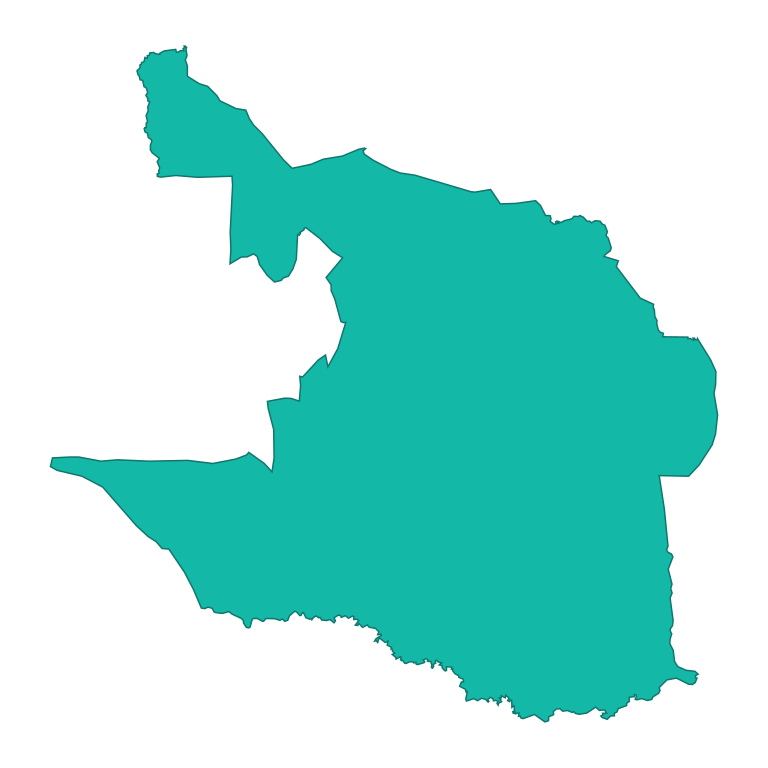 Handeni, Tanga, United Republic of Tanzania
{"feature_id": "72390352B54290670955979", "entity_name": "Handeni", "entity_type": "district", "adm_level": 2, "iso_a3": "TZA", "parent_name": "United Republic of Tanzania", "parent_adm1": "Tanga", "projection": "mercator", "projection_center": [38.284, -5.494], "detail": "fine", "context": "isolated", "style": "filled", "palette": "teal", "viewbox_px": 768, "rotation_deg": 0, "n_neighbors": 0, "source": "geoboundaries", "source_scale": "gbopen_adm2", "svg_char_len": 6080}
<svg xmlns="http://www.w3.org/2000/svg" viewBox="0 0 768 768"><path d="M138.0,74.7L139.0,75.4L140.1,79.8L142.7,80.4L144.0,86.6L146.2,87.8L147.7,92.5L145.9,95.2L148.0,99.0L147.8,100.8L149.7,101.9L147.7,107.2L148.3,110.6L146.1,115.6L147.4,120.8L147.0,123.0L146.2,123.2L146.3,127.6L144.8,127.6L144.2,128.6L145.0,131.9L147.4,133.1L148.3,137.6L151.3,139.6L151.9,141.3L150.4,145.1L150.4,149.8L152.3,152.9L159.3,158.3L157.2,161.7L159.8,168.0L158.7,170.8L159.1,173.1L157.2,174.0L157.4,176.4L160.7,177.1L175.8,175.5L197.8,177.3L232.0,176.2L232.6,185.2L230.2,232.3L230.9,249.5L230.0,263.8L241.4,257.0L247.1,256.9L253.6,253.9L257.2,256.4L259.6,264.7L267.2,275.3L274.5,282.0L281.2,280.4L283.2,278.0L288.4,276.2L292.9,268.9L296.3,259.3L297.6,234.7L299.3,235.2L300.4,233.4L299.5,232.7L304.0,229.9L304.0,228.5L305.7,227.5L319.8,238.4L332.5,251.4L342.6,257.8L326.1,277.5L331.1,284.8L331.2,290.6L334.9,299.4L340.9,321.5L343.2,322.6L345.8,322.3L337.8,348.6L327.9,366.8L325.5,355.0L318.5,359.8L302.7,376.9L299.8,376.3L300.6,385.7L299.3,401.1L291.1,398.4L284.5,398.2L267.4,401.4L268.3,408.8L273.7,429.6L274.1,458.0L272.0,471.9L264.3,463.5L248.8,452.4L246.4,455.1L235.7,459.1L212.9,463.5L187.7,460.4L149.0,461.2L117.5,459.8L100.9,461.2L78.7,457.0L70.6,457.0L52.5,457.9L50.4,466.6L57.3,470.4L81.9,476.2L102.7,487.1L136.4,525.7L148.3,536.7L156.1,541.6L162.1,548.5L168.9,549.1L184.4,572.1L193.4,589.3L201.4,608.1L204.8,608.6L208.1,607.1L212.2,608.3L214.2,612.1L216.5,612.7L222.4,613.4L228.9,611.6L232.2,614.2L241.2,618.3L243.5,620.8L243.5,623.0L246.4,627.4L248.9,627.9L250.1,627.1L252.2,619.3L253.7,618.5L257.3,618.5L262.5,621.3L263.8,621.1L265.6,618.7L267.3,618.5L274.6,618.7L279.9,620.3L282.7,619.0L284.6,621.3L286.3,620.8L287.8,620.2L289.4,615.9L294.6,611.3L296.6,611.9L299.7,615.5L301.0,615.4L302.5,612.6L303.5,612.7L305.9,617.7L309.7,619.2L310.9,618.7L311.8,619.8L313.5,617.4L316.3,615.9L318.6,617.8L320.0,617.4L321.7,620.0L326.9,620.5L329.9,619.5L334.1,622.8L335.4,620.8L334.1,617.8L338.1,615.2L340.4,615.5L341.3,617.4L345.4,615.7L348.4,618.2L352.7,616.0L353.8,616.7L353.8,619.5L357.1,619.3L358.7,620.5L355.3,625.1L357.7,625.5L358.9,623.5L362.6,627.4L367.3,624.9L369.1,627.2L375.6,628.4L378.9,631.8L377.7,634.7L381.1,634.2L381.3,635.5L376.2,638.5L374.6,641.1L376.2,640.7L377.7,642.5L378.9,638.5L379.9,638.3L385.2,642.5L388.0,641.1L387.2,645.2L391.3,647.2L391.1,648.7L391.7,648.2L392.6,651.3L394.7,653.2L392.2,654.4L395.8,657.4L396.1,659.1L400.6,656.6L401.3,657.3L400.5,659.4L401.3,660.6L402.5,660.2L404.6,663.2L406.1,663.5L409.5,661.8L413.0,661.9L413.9,663.0L415.9,662.3L416.2,664.1L417.5,664.6L424.0,662.7L424.7,661.8L423.2,660.0L426.1,658.6L427.8,659.8L427.3,661.0L428.2,661.5L430.6,661.3L431.7,664.6L431.5,667.6L432.4,668.2L433.6,666.7L433.4,664.3L435.7,663.2L435.4,660.8L436.3,660.2L438.5,662.1L441.6,662.9L439.3,664.9L442.1,665.6L442.2,667.9L445.0,670.9L446.5,670.5L446.5,666.7L451.6,667.1L451.4,669.2L452.8,669.0L452.7,670.7L454.9,673.7L458.9,675.8L458.8,677.3L463.1,679.1L463.6,681.9L461.4,682.0L459.6,686.3L465.3,689.2L466.1,692.0L467.3,691.6L465.8,699.1L466.4,701.0L473.9,698.6L477.4,700.7L481.6,698.3L485.5,699.3L488.1,702.1L488.9,701.1L487.6,699.6L490.3,697.3L493.1,698.8L493.4,700.8L495.8,700.4L498.0,701.3L497.0,703.3L498.1,705.1L498.7,703.1L501.6,701.7L500.4,700.6L501.0,699.2L499.2,698.0L501.3,697.5L501.2,695.7L505.3,697.8L505.8,695.2L509.0,698.0L507.6,700.7L509.7,701.6L510.4,699.9L511.7,700.3L511.9,707.4L513.9,705.7L514.2,706.9L514.3,711.0L512.8,711.6L513.1,713.1L514.1,713.5L515.0,711.9L515.7,713.8L519.0,712.8L518.5,716.4L520.2,716.2L521.1,718.1L523.2,718.6L534.5,714.5L544.9,721.9L548.5,720.7L548.7,716.8L553.6,714.7L553.4,711.4L556.6,708.9L560.1,708.8L562.7,711.2L567.4,710.5L572.1,712.4L573.7,711.7L575.2,713.3L578.9,714.3L586.7,713.1L595.8,707.1L599.3,710.4L604.6,709.9L606.6,713.3L602.6,713.3L603.0,714.8L600.8,716.0L602.0,717.5L607.2,719.3L610.5,716.0L614.4,715.8L614.3,713.3L616.9,712.0L618.3,708.6L626.6,705.6L626.8,703.1L629.3,701.5L629.3,697.2L634.3,696.7L634.3,694.5L636.0,694.8L636.4,696.5L635.2,699.3L636.8,699.8L641.8,698.6L647.5,700.5L651.8,699.4L652.9,696.9L658.6,693.3L660.0,690.6L659.2,687.5L666.9,679.9L676.4,678.1L688.6,684.2L692.4,684.5L695.2,682.6L697.0,678.1L695.5,677.8L695.5,675.7L698.1,674.2L695.0,671.3L686.1,670.3L677.8,666.6L674.6,661.6L673.2,650.3L669.9,643.8L670.0,639.5L671.7,633.8L670.2,631.0L670.4,628.8L672.5,625.6L673.1,620.3L670.1,598.0L672.1,593.0L670.7,588.6L672.0,584.1L668.2,569.1L672.9,556.9L671.5,554.0L668.0,552.3L666.5,549.9L668.0,546.2L664.3,508.8L659.2,475.6L688.6,476.2L699.2,464.9L712.1,445.0L715.5,434.1L717.6,414.9L714.0,393.4L715.6,384.7L715.9,371.6L710.7,360.0L697.5,338.6L697.4,339.7L695.4,339.7L694.3,338.1L693.2,338.1L694.0,339.2L693.4,340.2L690.0,338.4L687.8,338.6L687.8,337.1L662.7,336.8L663.4,333.3L660.2,332.2L658.2,329.9L656.7,323.4L657.0,320.6L654.9,316.6L654.3,309.4L653.1,307.3L653.6,304.3L640.2,298.1L616.3,266.6L618.3,260.8L604.1,256.5L605.2,254.6L610.3,250.8L611.2,247.7L608.2,238.0L606.0,235.8L607.4,231.6L604.9,225.3L602.0,223.9L600.2,221.2L595.1,220.7L591.4,222.8L589.7,221.2L587.1,221.2L583.3,217.2L579.9,215.5L578.7,216.5L573.9,216.3L571.9,218.8L564.0,220.8L561.2,222.5L559.7,222.0L558.7,223.4L557.5,223.3L558.4,221.4L556.8,221.1L555.6,221.9L555.9,224.1L554.0,224.2L550.2,221.3L551.0,218.7L550.2,215.7L545.5,215.5L540.5,205.5L535.6,200.7L516.2,203.4L500.3,203.9L490.6,189.5L475.2,192.1L471.2,191.8L415.0,175.2L400.2,173.0L390.7,169.3L373.3,160.3L364.0,154.0L363.2,150.7L365.7,148.7L364.5,148.1L358.7,149.3L342.3,156.1L323.3,159.2L311.0,164.3L292.1,168.3L283.6,160.0L262.3,133.8L253.5,125.0L249.3,118.6L245.8,110.1L236.0,108.6L219.9,100.8L216.9,95.7L207.6,86.3L199.2,83.7L188.3,76.9L187.3,75.6L187.4,66.0L185.3,60.0L187.0,55.8L186.0,49.1L186.6,47.5L185.3,46.1L184.2,46.1L184.9,47.3L183.1,48.5L183.8,50.7L180.5,50.6L178.3,52.1L176.4,52.2L175.7,49.4L164.2,50.9L159.9,53.2L159.8,54.3L155.6,53.8L153.8,52.5L149.9,52.8L149.3,55.1L147.2,55.8L147.6,57.8L147.0,58.4L145.0,57.4L144.0,61.8L141.6,62.5L141.2,64.5L139.9,65.0L140.1,67.6L137.0,70.8L138.0,74.7Z" fill="#14b8a6" stroke="#0f766e" stroke-width="1.5"/></svg>